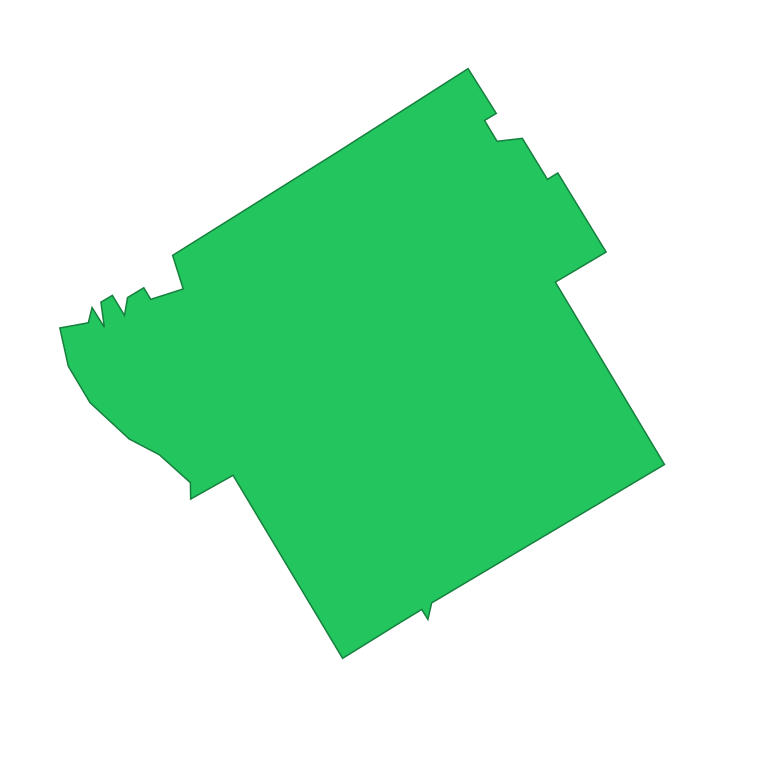 the district of Randolph, Georgia, United States of America, rotated 148°
{"feature_id": "52423323B38582621445702", "entity_name": "Randolph", "entity_type": "district", "adm_level": 2, "iso_a3": "USA", "parent_name": "United States of America", "parent_adm1": "Georgia", "projection": "mercator", "projection_center": [-84.71, 31.774], "detail": "fine", "context": "isolated", "style": "filled", "palette": "green", "viewbox_px": 768, "rotation_deg": 148, "n_neighbors": 0, "source": "geoboundaries", "source_scale": "gbopen_adm2", "svg_char_len": 603}
<svg xmlns="http://www.w3.org/2000/svg" viewBox="0 0 768 768"><g transform="rotate(148 384 384)"><path d="M125.7,378.2L124.8,470.9L137.0,470.9L136.5,519.0L159.5,529.9L159.1,554.2L145.4,554.0L145.6,606.9L297.8,605.4L495.1,605.1L503.9,571.0L537.0,579.4L536.7,592.9L555.7,593.2L567.7,579.7L567.4,603.1L580.7,603.4L591.1,580.3L591.1,603.5L602.3,592.6L629.2,603.3L642.3,566.4L643.2,523.9L629.2,472.3L612.0,443.0L600.5,402.9L608.9,388.9L560.4,386.6L564.5,173.3L496.0,173.1L471.5,172.8L471.5,161.1L459.6,173.1L188.8,167.1L184.7,379.6L125.7,378.2Z" fill="#22c55e" stroke="#15803d" stroke-width="1.5"/></g></svg>